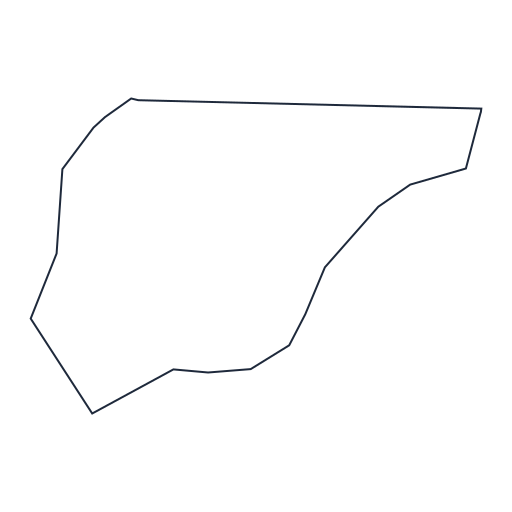 Žirovnica, Robinson projection
{"feature_id": "SVN-259", "entity_name": "Žirovnica", "entity_type": "Municipality", "adm_level": 1, "iso_a3": "SVN", "parent_name": "Slovenia", "parent_adm1": "", "projection": "robinson", "projection_center": [14.178, 46.406], "detail": "fine", "context": "isolated", "style": "outline", "palette": "slate", "viewbox_px": 512, "rotation_deg": 0, "n_neighbors": 0, "source": "natural_earth", "source_scale": "10m", "svg_char_len": 372}
<svg xmlns="http://www.w3.org/2000/svg" viewBox="0 0 512 512"><path d="M131.2,98.5L138.3,100.2L481.3,108.6L480.9,111.9L480.3,113.8L465.9,168.5L410.2,184.6L378.3,206.7L324.9,267.3L305.3,314.2L289.2,345.3L250.7,369.1L208.1,372.5L173.4,369.4L92.2,413.5L30.7,318.6L56.6,253.5L62.4,169.1L93.5,127.6L105.0,117.1L131.2,98.5Z" fill="none" stroke="#1e293b" stroke-width="2"/></svg>